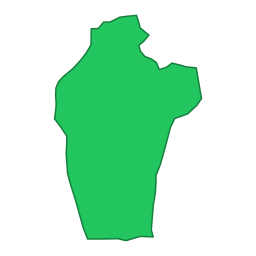 the district of Itapissuma, Pernambuco, Brazil
{"feature_id": "56859067B55020362717287", "entity_name": "Itapissuma", "entity_type": "district", "adm_level": 2, "iso_a3": "BRA", "parent_name": "Brazil", "parent_adm1": "Pernambuco", "projection": "orthographic", "projection_center": [-34.907, -7.746], "detail": "fine", "context": "isolated", "style": "filled", "palette": "green", "viewbox_px": 256, "rotation_deg": 0, "n_neighbors": 0, "source": "geoboundaries", "source_scale": "gbopen_adm2", "svg_char_len": 797}
<svg xmlns="http://www.w3.org/2000/svg" viewBox="0 0 256 256"><path d="M91.3,28.8L91.0,44.9L85.8,53.6L80.2,60.7L72.7,68.8L63.6,76.3L58.7,81.5L56.0,87.8L55.6,95.2L56.2,103.9L55.6,110.8L54.5,118.8L59.6,125.4L66.8,136.0L66.7,143.2L66.2,153.3L67.6,173.7L70.8,185.3L75.6,200.4L83.0,227.0L87.6,239.0L102.7,239.0L118.1,238.7L126.0,240.6L140.2,236.4L153.1,236.9L151.3,229.8L153.3,205.0L155.3,193.3L156.0,181.3L156.0,175.4L160.5,164.0L165.8,145.0L170.4,127.5L174.7,118.5L187.6,113.9L196.9,105.3L201.5,98.5L196.2,67.9L185.8,66.8L179.8,65.0L172.0,63.1L166.4,67.3L159.3,69.6L156.3,62.4L151.3,59.0L144.8,56.4L140.3,51.0L138.9,45.2L143.8,41.2L148.9,35.1L140.2,28.0L138.2,20.7L136.5,15.4L126.6,16.3L119.5,17.3L110.1,22.0L103.5,22.2L98.4,28.5L91.3,28.8Z" fill="#22c55e" stroke="#15803d" stroke-width="1.5"/></svg>